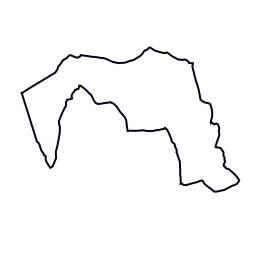 Harf Sufyan, Amran, Yemen (Natural Earth projection), rotated 344°
{"feature_id": "15242507B58979028300057", "entity_name": "Harf Sufyan", "entity_type": "district", "adm_level": 2, "iso_a3": "YEM", "parent_name": "Yemen", "parent_adm1": "Amran", "projection": "natural_earth1", "projection_center": [43.96, 16.372], "detail": "fine", "context": "isolated", "style": "outline", "palette": "ink", "viewbox_px": 256, "rotation_deg": 344, "n_neighbors": 0, "source": "geoboundaries", "source_scale": "gbopen_adm2", "svg_char_len": 5772}
<svg xmlns="http://www.w3.org/2000/svg" viewBox="0 0 256 256"><g transform="rotate(344 128 128)"><path d="M206.2,103.3L206.8,86.7L207.2,85.8L208.2,83.9L208.2,83.4L205.9,82.9L204.6,82.4L204.6,81.4L203.4,79.5L202.2,78.3L201.1,77.7L200.8,77.6L200.1,77.6L199.1,77.7L197.0,76.5L196.4,76.4L195.7,76.2L195.1,75.9L194.4,75.3L193.9,74.8L192.1,73.0L191.4,72.4L190.4,71.3L189.9,70.8L188.9,69.5L188.5,68.9L187.1,67.1L186.6,66.4L185.9,66.1L184.4,66.1L183.8,66.0L183.1,65.8L182.3,65.6L181.8,65.1L181.1,64.6L180.5,64.3L178.4,63.1L175.7,61.3L175.0,60.7L174.4,60.1L173.8,59.5L173.4,58.9L171.9,57.2L171.4,56.9L170.7,56.5L169.7,57.1L168.4,57.7L167.8,57.9L166.0,58.1L165.5,58.3L164.9,58.5L164.5,58.7L163.7,59.3L162.7,60.3L161.9,60.8L161.1,61.4L159.7,62.0L155.7,63.2L153.0,64.0L152.7,64.1L150.8,64.2L149.0,64.0L146.1,64.2L144.0,64.4L142.5,64.2L141.6,64.1L140.5,63.8L139.0,63.5L136.5,62.9L133.6,61.4L132.8,60.9L131.4,60.2L129.8,58.8L127.3,56.6L125.5,55.1L124.8,54.7L123.5,54.0L121.6,53.3L119.0,52.1L118.5,51.8L115.0,50.3L114.0,50.0L112.9,49.6L109.0,47.7L104.8,45.9L103.7,45.4L103.0,45.0L102.7,44.9L102.5,45.4L102.3,45.6L101.9,45.8L101.4,46.1L100.4,46.4L100.0,46.4L99.0,46.3L98.3,46.2L97.8,46.0L97.0,45.6L96.3,45.0L93.6,42.8L93.0,42.2L92.4,42.0L92.1,41.9L91.8,42.0L91.4,42.2L90.7,42.5L90.4,42.7L88.9,43.6L88.6,43.7L88.1,43.9L87.5,44.1L86.5,44.4L85.8,44.5L84.9,44.7L84.0,45.1L83.6,45.4L81.9,46.8L80.7,48.0L80.4,48.2L78.7,49.2L78.3,49.5L78.0,49.8L77.4,50.4L76.6,51.7L76.1,52.3L75.4,52.9L73.9,54.3L73.4,54.7L42.8,63.0L39.8,63.9L38.0,64.5L36.4,65.0L35.5,64.9L35.5,66.2L36.7,115.7L36.8,116.0L36.9,116.3L37.3,116.8L37.6,117.1L37.7,117.4L37.8,117.7L38.0,118.4L38.2,119.0L38.3,119.3L38.3,119.7L38.4,121.0L38.4,121.6L38.2,122.6L38.3,122.9L38.5,123.6L38.5,123.9L38.5,124.2L38.5,124.9L38.5,125.5L38.5,125.8L38.7,126.5L39.2,127.7L39.3,128.0L39.6,128.7L39.7,129.3L39.8,129.6L39.8,129.9L39.6,130.6L39.7,130.9L39.9,131.2L40.1,131.4L40.4,131.6L40.8,132.0L41.0,132.2L41.1,132.5L41.1,132.9L41.0,133.2L40.9,133.5L40.7,133.8L40.6,134.1L40.4,134.7L40.2,135.4L40.2,136.1L40.2,136.8L40.2,137.2L40.2,137.5L41.2,141.5L42.0,143.9L42.1,144.3L42.5,144.9L45.0,144.1L50.5,137.2L52.1,130.9L55.1,125.9L60.9,114.2L62.8,108.6L62.9,105.5L63.5,102.2L64.4,101.2L66.0,99.0L67.8,96.9L69.6,94.6L71.0,93.1L73.1,90.9L74.0,90.1L74.8,89.0L75.0,87.6L75.6,85.9L76.7,84.9L77.2,83.9L78.2,84.3L79.5,84.4L80.3,84.2L81.0,84.2L82.0,84.4L82.6,83.8L82.4,82.8L82.7,81.2L83.4,80.5L84.3,79.4L85.1,78.8L86.3,78.3L86.9,77.5L87.6,76.9L88.5,77.0L89.6,76.4L91.0,76.8L91.9,75.6L92.6,74.1L93.5,73.8L94.6,75.0L95.4,76.2L96.0,76.8L96.8,77.9L97.7,79.2L98.5,80.5L99.2,81.9L99.8,83.3L100.9,84.7L101.4,85.5L101.9,86.9L102.2,88.4L102.4,89.3L102.4,90.2L102.7,91.7L103.1,93.2L103.4,94.2L104.3,95.4L105.3,96.4L106.1,96.8L107.5,96.8L108.3,97.2L109.1,97.3L110.0,97.3L111.3,97.4L113.5,97.8L114.9,98.0L116.2,98.2L117.5,98.4L118.5,98.5L119.3,99.5L120.6,100.4L121.4,101.6L122.1,102.8L122.9,104.1L123.9,106.9L124.3,108.4L124.6,109.5L125.2,111.0L126.6,113.7L127.2,115.1L128.1,117.4L128.3,118.4L128.3,120.0L128.2,121.3L128.0,122.7L127.6,124.6L127.4,126.0L127.3,127.0L127.1,128.5L127.1,129.6L126.8,130.9L128.7,131.1L129.6,131.3L134.4,132.8L135.3,132.9L137.0,133.4L137.7,133.6L139.1,133.8L140.7,134.1L142.1,134.5L142.8,134.8L143.6,135.2L144.2,135.6L145.9,136.3L148.6,136.9L149.6,137.5L151.4,137.7L153.8,137.9L154.9,138.0L155.8,138.1L157.2,138.4L159.6,138.5L161.3,138.6L162.4,138.8L163.5,138.0L164.7,139.7L165.2,141.1L165.5,142.2L165.8,143.2L165.9,144.2L165.9,145.1L166.2,146.7L166.5,150.3L166.5,150.9L166.6,151.2L166.5,151.7L166.2,152.6L166.8,154.0L167.1,154.6L167.5,155.2L168.3,156.0L168.4,156.9L168.0,158.9L168.5,160.4L168.6,161.9L168.7,163.2L167.9,164.6L168.1,165.6L168.2,167.1L168.1,168.3L168.2,169.2L168.4,170.5L168.3,172.4L168.5,173.3L168.6,174.2L168.5,175.2L168.2,176.1L167.9,177.2L167.6,178.9L167.1,179.8L167.1,180.7L166.8,182.2L166.6,183.0L165.9,185.1L165.6,186.1L165.1,187.9L165.0,189.7L164.8,190.6L164.3,192.2L164.2,193.2L163.9,194.2L163.6,195.2L163.3,195.9L163.2,196.2L164.6,196.2L165.3,197.7L167.8,198.9L168.7,198.9L170.2,198.9L173.6,198.9L174.5,198.9L175.9,198.9L176.8,199.0L179.1,199.0L180.1,199.0L182.6,198.7L184.0,198.8L184.8,198.9L185.3,199.7L185.7,201.4L186.0,202.4L186.7,203.7L187.7,205.0L188.5,206.3L189.4,207.5L190.1,208.3L190.7,209.0L191.6,210.3L192.1,211.0L192.6,211.7L193.4,212.9L195.3,213.5L203.1,214.1L212.4,212.3L216.9,211.9L219.6,210.0L220.5,208.9L220.3,208.4L219.3,205.1L218.8,203.9L218.2,202.8L217.8,202.2L216.6,200.0L215.5,198.3L214.8,197.3L213.8,195.7L213.3,195.3L212.1,194.5L211.8,194.3L210.8,193.3L210.7,192.6L210.4,191.8L209.9,191.4L209.6,190.6L209.8,189.9L210.1,189.2L211.1,188.1L211.7,187.7L212.1,186.9L212.1,186.1L211.9,185.3L212.1,184.6L212.5,184.0L212.6,183.2L212.5,182.5L212.2,181.6L212.3,180.0L212.5,179.7L212.8,178.8L213.1,177.6L213.0,177.0L212.4,175.6L211.8,173.8L211.4,172.6L210.1,172.1L209.9,172.0L208.9,171.3L207.9,171.1L207.5,171.0L206.9,170.5L207.1,169.6L207.3,169.4L210.4,164.9L210.5,164.8L213.5,160.5L213.9,159.9L214.0,159.2L214.2,157.5L214.2,156.7L214.4,155.9L214.8,155.3L215.1,154.5L215.4,154.2L215.7,152.9L215.6,151.2L215.5,149.6L215.4,149.2L214.2,148.1L213.4,148.0L212.7,148.3L212.0,148.3L211.4,147.9L211.0,147.5L211.0,147.3L210.7,146.7L210.2,146.1L209.3,146.0L209.1,146.1L209.2,145.3L209.5,144.6L209.8,143.8L211.0,141.9L211.5,141.2L211.9,140.5L212.1,139.8L212.4,138.9L213.2,136.4L213.4,135.6L213.6,133.9L213.7,132.3L213.7,131.4L213.7,129.7L213.6,128.0L213.4,127.3L212.8,126.8L212.2,126.4L211.6,126.1L210.2,125.3L208.9,124.6L208.3,124.1L207.7,123.6L207.2,123.0L206.6,122.4L206.2,121.8L205.7,121.0L205.6,120.2L205.6,119.4L205.9,117.0L206.1,115.4L206.2,113.5L206.4,111.8L206.4,111.0L206.5,110.3L206.5,108.7L206.5,106.1L206.5,105.3L206.5,104.5L206.4,103.7L206.2,103.3Z" fill="none" stroke="#020617" stroke-width="2"/></g></svg>